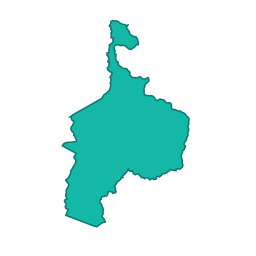 Itaberaí, Goiás, Brazil (Mercator projection), rotated 191°
{"feature_id": "56859067B7419622155547", "entity_name": "Itaberaí", "entity_type": "district", "adm_level": 2, "iso_a3": "BRA", "parent_name": "Brazil", "parent_adm1": "Goiás", "projection": "mercator", "projection_center": [-49.83, -16.116], "detail": "fine", "context": "isolated", "style": "filled", "palette": "teal", "viewbox_px": 256, "rotation_deg": 191, "n_neighbors": 0, "source": "geoboundaries", "source_scale": "gbopen_adm2", "svg_char_len": 4935}
<svg xmlns="http://www.w3.org/2000/svg" viewBox="0 0 256 256"><g transform="rotate(191 128 128)"><path d="M118.3,175.5L117.3,176.9L116.5,177.9L116.7,179.6L118.0,181.4L119.8,179.8L121.0,179.2L122.9,179.0L124.2,179.5L125.0,180.4L126.3,180.6L126.9,179.6L128.0,179.8L129.0,178.6L130.6,178.8L133.6,178.3L135.1,179.7L136.0,180.0L136.6,180.8L136.5,182.5L137.3,183.6L139.2,184.5L140.5,185.9L142.5,185.8L144.4,185.6L149.4,188.1L149.9,189.5L150.5,191.0L151.7,191.4L153.0,192.6L153.5,196.0L153.8,198.1L155.2,198.1L155.4,199.8L155.3,201.3L156.3,201.8L156.7,204.1L157.1,205.7L156.0,206.8L154.6,207.7L153.0,207.9L151.4,207.3L149.4,207.9L147.7,208.5L145.9,207.9L144.2,206.7L141.8,205.5L139.9,205.7L138.6,207.3L137.2,208.4L135.4,211.4L133.9,211.7L134.0,213.2L135.5,216.9L137.4,219.0L140.2,219.0L143.6,220.3L144.4,221.1L145.2,223.0L147.1,224.5L148.4,225.8L148.6,226.8L148.1,227.9L147.7,229.0L149.7,228.3L150.9,229.0L152.5,228.7L154.7,229.2L156.7,229.9L158.6,230.8L160.2,230.9L162.2,230.3L163.5,230.5L165.1,229.4L164.9,228.1L165.0,226.6L165.8,224.9L165.4,224.0L164.2,224.1L163.6,222.9L163.8,221.4L162.4,220.4L162.1,219.2L162.8,218.2L162.7,217.1L161.9,215.8L162.1,214.4L161.7,213.2L160.1,213.6L159.2,213.2L159.8,211.8L159.0,210.3L159.5,209.0L160.2,207.9L160.9,207.1L161.8,206.5L162.3,205.2L161.5,204.4L161.6,201.5L161.6,200.6L161.0,199.7L161.8,198.1L162.9,197.6L162.0,197.0L162.8,196.0L162.1,195.2L161.1,194.5L160.4,192.8L159.4,191.8L160.5,190.3L160.1,188.7L158.7,188.9L158.9,187.2L158.5,186.1L158.7,185.0L159.8,182.9L159.1,181.7L158.6,181.0L157.4,180.3L156.7,179.8L155.6,179.6L154.4,179.3L154.1,177.5L155.0,175.8L155.3,174.2L154.3,173.6L154.0,171.9L153.6,170.1L154.1,168.3L153.0,167.3L153.1,165.8L153.1,164.3L153.5,161.4L154.7,159.8L155.7,158.2L157.8,156.3L158.7,154.2L159.4,152.0L169.7,143.2L184.2,130.8L185.1,129.9L187.0,127.8L185.7,128.0L185.5,126.7L184.9,125.7L184.3,124.8L183.5,124.5L182.6,124.7L182.1,123.5L183.2,119.2L183.8,118.4L184.0,116.7L183.7,115.7L183.1,114.6L182.1,114.0L181.0,113.1L179.8,111.8L179.9,110.2L178.6,109.7L177.7,108.1L177.0,107.3L176.3,106.0L176.3,104.7L186.4,101.7L188.1,100.3L189.1,98.0L174.1,93.2L174.8,90.8L175.6,89.2L174.9,87.9L173.3,86.8L172.9,85.7L172.9,84.1L173.5,82.0L174.0,80.3L174.4,79.4L175.0,77.2L176.2,74.9L175.7,73.8L175.7,72.2L176.3,70.6L176.7,68.8L177.5,66.9L179.0,65.6L179.0,64.4L177.2,63.1L176.1,62.1L175.1,60.4L175.9,58.0L176.6,56.0L176.8,54.5L176.1,52.4L176.3,50.7L176.1,49.1L175.1,48.1L174.0,47.0L175.6,45.9L176.4,45.1L176.3,43.6L175.4,42.9L174.0,41.5L174.0,40.5L174.6,39.5L174.6,38.6L173.7,37.2L171.1,36.7L172.4,30.4L157.3,27.8L147.0,26.0L144.7,25.6L142.0,25.2L139.7,25.1L138.4,26.7L136.8,28.4L135.2,30.0L133.9,30.7L132.4,31.3L133.1,32.8L133.9,33.8L134.8,34.5L135.6,35.3L136.9,36.2L136.3,37.9L136.0,39.9L136.8,40.8L136.5,42.6L137.4,44.8L138.7,46.4L139.3,48.0L140.6,48.9L141.5,50.0L141.5,51.0L141.6,52.2L140.8,52.7L140.9,53.6L140.7,55.6L139.6,55.9L138.6,56.1L137.6,57.0L136.3,57.0L135.6,57.7L135.2,60.2L135.3,61.6L134.2,62.0L133.2,62.2L132.3,62.1L131.1,61.8L130.2,60.9L129.2,61.8L127.9,62.0L127.6,63.3L128.3,64.3L128.8,65.7L128.9,66.8L129.5,67.5L130.2,68.5L129.5,69.7L128.7,71.0L128.6,72.2L128.4,73.3L127.2,73.8L126.7,74.7L125.9,75.5L125.4,76.4L125.4,77.7L123.5,78.5L124.0,79.4L123.9,80.5L122.8,81.6L122.1,82.4L121.9,83.4L120.8,84.5L120.6,86.0L119.9,87.5L119.6,86.5L118.6,86.5L117.9,86.0L116.7,85.9L115.3,86.8L114.8,85.7L114.3,85.0L114.0,84.0L113.0,84.0L111.9,83.5L110.9,84.4L109.5,84.7L108.3,84.7L107.6,83.5L106.2,83.0L105.6,81.9L104.5,82.0L103.7,82.3L102.1,81.4L100.8,82.6L99.1,82.8L97.8,82.2L96.9,81.2L96.0,81.9L94.8,82.7L93.7,83.3L93.1,82.3L91.8,82.8L90.8,83.0L90.4,84.0L90.7,85.4L90.1,86.1L88.7,86.4L87.9,85.9L87.0,86.9L86.1,88.0L86.0,89.2L84.6,89.9L83.4,90.2L82.2,90.9L81.4,91.3L81.1,92.2L80.2,93.0L79.0,94.0L78.1,95.4L76.9,95.2L75.5,95.1L72.7,95.3L72.9,96.7L72.0,97.1L70.7,97.5L69.2,97.5L68.4,98.4L67.3,99.9L66.9,101.2L67.2,102.5L67.9,103.5L68.4,105.0L68.5,106.8L69.1,107.7L70.3,109.7L70.3,110.7L70.5,112.2L69.9,113.5L69.8,114.7L70.1,116.0L69.1,117.1L68.8,117.9L68.5,119.2L68.1,120.2L68.3,121.5L69.6,122.1L70.1,123.3L69.6,124.3L69.3,125.6L68.5,126.7L68.4,128.0L68.6,129.0L68.5,130.1L68.0,130.9L67.7,131.8L67.8,133.0L68.5,134.4L68.0,136.8L68.3,138.7L69.2,140.0L69.4,141.1L69.3,142.3L69.1,143.5L69.2,144.7L69.9,145.8L69.6,147.5L70.0,149.1L71.2,150.2L72.6,150.7L73.8,151.9L74.6,152.7L75.6,153.2L76.6,153.5L77.5,153.6L78.5,153.8L79.4,154.6L80.4,154.6L81.9,154.2L83.6,154.6L85.4,155.1L86.6,154.7L87.8,154.9L88.5,155.4L89.3,156.2L89.6,158.0L89.7,159.1L90.4,160.0L91.3,160.6L92.5,160.7L93.6,160.1L94.5,160.1L95.6,160.5L96.7,161.1L97.4,162.0L98.4,162.3L100.3,162.3L102.1,162.6L103.4,161.3L104.8,160.4L106.0,161.1L107.0,161.9L108.3,163.3L109.3,163.9L110.5,164.1L111.6,164.2L112.5,163.9L113.5,163.5L115.1,163.6L117.3,163.5L118.1,164.1L118.9,165.2L119.1,167.1L119.6,168.5L119.8,169.6L119.8,170.6L119.3,171.7L119.6,172.7L119.0,174.8L118.3,175.5Z" fill="#14b8a6" stroke="#0f766e" stroke-width="1.5"/></g></svg>